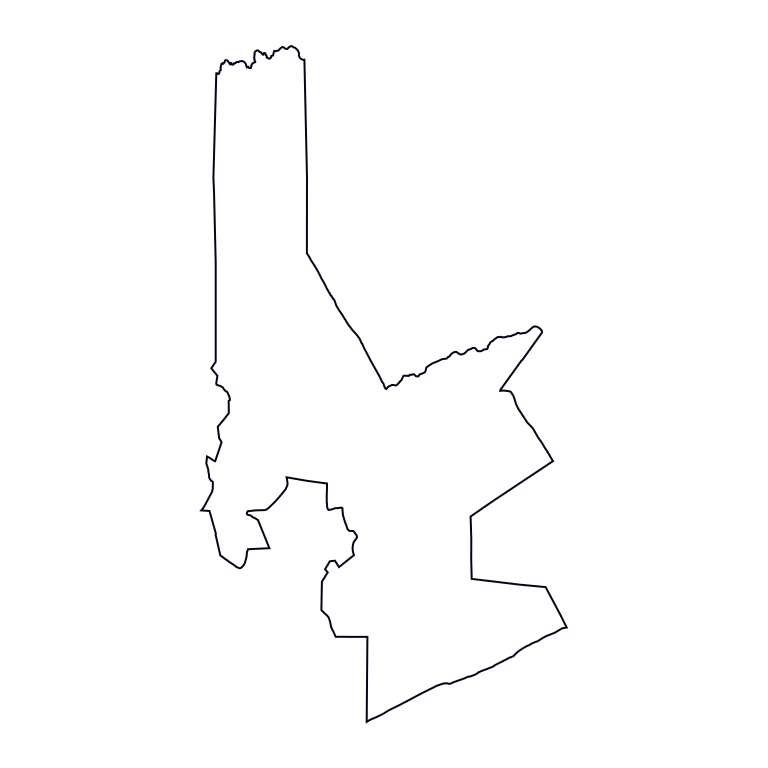 the district of Mandlakaze, Gaza, Mozambique
{"feature_id": "85939544B24219595709494", "entity_name": "Mandlakaze", "entity_type": "district", "adm_level": 2, "iso_a3": "MOZ", "parent_name": "Mozambique", "parent_adm1": "Gaza", "projection": "equal_earth", "projection_center": [34.02, -24.531], "detail": "fine", "context": "isolated", "style": "outline", "palette": "ink", "viewbox_px": 768, "rotation_deg": 0, "n_neighbors": 0, "source": "geoboundaries", "source_scale": "gbopen_adm2", "svg_char_len": 6012}
<svg xmlns="http://www.w3.org/2000/svg" viewBox="0 0 768 768"><path d="M215.6,534.7L220.3,555.4L223.2,557.4L225.0,558.9L225.6,559.1L225.9,559.5L227.5,560.5L229.3,562.0L233.9,564.9L235.0,565.9L236.8,567.1L239.3,568.2L240.2,568.2L240.9,567.9L242.5,566.6L243.4,565.3L243.7,565.1L244.9,562.8L246.0,559.0L246.6,556.2L247.0,552.0L248.1,549.2L269.4,548.2L258.0,520.1L255.2,518.3L252.4,517.0L251.2,515.8L249.6,515.1L248.7,515.1L247.5,514.7L246.8,513.8L246.8,513.2L247.6,511.3L255.1,510.4L264.6,510.1L266.1,509.7L268.6,508.0L275.1,501.7L280.3,495.8L285.7,489.1L287.2,485.7L287.5,484.5L287.5,482.7L286.6,477.3L307.4,480.9L327.0,483.5L327.0,488.5L326.7,496.3L326.8,502.9L327.0,503.4L327.1,506.8L327.8,509.2L328.5,509.9L329.3,509.9L331.9,509.4L335.0,508.2L338.4,508.1L339.9,507.7L342.0,507.8L342.3,508.1L342.5,508.7L342.6,512.0L343.1,515.6L344.7,520.9L344.7,521.4L346.3,525.3L347.3,528.6L348.6,530.4L349.5,530.9L353.1,531.0L354.2,531.9L355.5,534.0L356.3,534.8L357.0,536.4L356.7,538.0L356.4,538.2L356.0,539.1L354.1,541.4L353.4,543.0L353.0,544.6L352.6,547.6L352.7,550.4L353.4,553.5L354.0,555.1L339.0,567.1L334.9,560.7L329.8,561.3L325.1,569.2L327.7,572.4L321.9,581.7L321.4,610.0L322.2,611.1L323.2,611.8L323.8,612.6L326.8,615.3L328.4,617.1L329.6,620.1L330.5,623.6L331.0,626.4L331.7,628.5L333.8,632.5L335.0,635.4L335.8,636.8L367.4,636.9L366.7,721.9L370.1,719.8L377.1,716.8L383.0,713.9L388.6,710.4L399.4,705.1L421.3,693.5L436.7,685.8L443.4,683.5L444.1,683.4L444.7,683.6L446.5,683.2L449.4,683.9L451.0,683.4L453.8,682.1L464.6,678.3L466.0,677.7L466.9,677.0L470.0,676.5L474.3,675.0L477.7,673.1L478.1,672.6L481.5,671.0L492.7,666.8L495.0,665.1L508.0,658.5L509.2,657.7L510.5,657.4L513.4,656.2L515.7,653.7L518.3,651.4L522.7,648.4L527.2,645.9L529.1,645.2L530.9,644.0L534.7,642.2L537.5,641.3L543.0,637.8L546.3,636.1L554.8,632.7L562.0,628.4L566.7,627.5L560.0,614.1L545.6,587.1L520.2,584.7L471.7,578.9L471.2,559.3L471.3,539.2L470.6,516.5L492.9,501.1L553.0,461.1L551.3,458.5L548.7,453.8L548.4,453.5L548.0,452.6L547.7,452.4L547.0,451.0L544.3,447.0L541.9,442.8L538.4,437.9L535.5,433.0L533.5,429.3L532.6,428.0L527.2,422.4L523.6,416.9L523.4,416.3L523.0,416.0L520.2,411.6L519.8,411.3L519.6,410.5L519.1,410.2L517.1,406.4L515.9,403.8L514.6,399.2L513.1,395.2L512.7,395.0L512.0,393.5L511.7,393.3L510.7,391.8L510.2,391.5L505.3,390.7L501.7,390.6L500.3,390.9L500.5,389.7L521.6,360.4L522.2,360.2L542.1,332.4L541.8,330.6L539.8,328.4L537.2,326.8L534.9,326.4L533.4,326.8L531.3,328.4L529.4,330.3L526.3,332.5L525.1,332.9L523.6,333.2L522.8,333.0L521.3,333.6L519.8,333.5L518.7,332.9L517.3,333.0L516.3,334.0L512.4,335.4L510.9,336.2L507.5,336.3L505.8,337.1L502.5,337.4L501.0,336.8L497.4,337.2L494.2,339.5L493.0,340.8L491.0,341.8L490.0,343.0L489.2,344.6L487.9,346.1L487.9,347.5L487.2,348.9L485.9,349.3L483.6,349.6L482.3,350.6L480.9,351.2L478.0,351.2L476.8,350.3L476.0,349.0L475.1,348.1L474.0,347.9L472.4,348.1L470.7,349.1L468.2,349.8L464.5,353.4L462.4,354.3L460.5,354.5L459.2,353.9L456.5,352.0L455.2,351.9L453.8,352.3L451.5,353.8L449.2,356.6L448.2,356.8L447.2,358.2L445.9,358.7L442.0,359.2L438.1,361.1L432.6,363.3L428.1,366.1L426.9,367.0L426.2,367.9L425.6,370.9L424.9,372.1L424.1,372.8L419.8,374.4L419.1,375.1L418.7,376.0L417.7,376.5L416.1,376.2L415.2,375.6L414.6,374.8L413.4,374.2L410.6,375.0L409.6,374.8L408.9,375.9L404.5,375.7L403.5,375.8L401.3,380.3L399.7,381.7L399.6,382.1L397.4,384.5L395.8,385.5L393.2,385.0L391.9,385.0L388.7,386.5L387.4,387.5L386.9,388.4L386.4,388.6L386.1,389.0L385.7,388.9L385.3,388.3L384.2,386.1L383.6,384.0L383.1,383.0L382.3,382.3L379.3,376.0L370.9,361.1L367.8,355.1L367.5,354.8L367.1,353.8L363.8,347.5L362.2,343.7L361.8,343.5L359.5,338.6L357.3,335.5L353.1,330.8L352.7,330.4L349.1,325.7L348.7,325.3L347.9,323.9L347.0,322.8L345.3,319.6L344.9,319.3L344.4,318.2L344.1,317.9L341.8,314.1L341.4,313.8L340.9,312.8L339.4,310.8L336.3,305.6L334.6,300.7L334.0,299.7L333.6,299.4L333.3,298.7L332.9,298.4L332.1,297.1L331.8,296.8L331.6,296.2L331.2,295.9L331.0,295.3L330.6,295.1L329.9,294.0L329.5,292.9L329.1,292.6L326.6,288.1L324.1,282.9L321.2,278.1L319.6,274.6L317.5,270.7L314.0,264.8L311.0,260.3L309.2,256.8L306.9,253.4L307.0,177.5L304.4,59.7L303.0,59.8L301.3,59.1L300.2,58.3L298.9,55.9L299.0,53.3L298.7,52.3L297.6,50.1L295.1,47.8L293.4,47.2L292.0,46.2L291.1,46.1L288.8,47.3L287.7,48.6L286.9,49.0L285.2,48.7L283.8,47.4L282.9,47.0L282.1,47.2L280.9,48.0L279.8,48.9L278.8,50.2L278.3,50.5L275.3,51.3L274.3,50.9L274.0,51.5L273.1,55.2L272.9,55.6L271.3,55.9L270.9,57.5L270.4,58.2L269.6,58.7L267.2,57.8L266.7,57.3L266.9,56.4L266.4,55.6L265.9,55.3L265.5,54.1L265.4,53.4L264.7,53.0L264.0,53.0L263.6,53.7L263.8,54.1L263.3,54.7L262.6,54.5L261.6,53.5L261.1,52.4L259.7,51.9L257.9,50.4L256.8,50.4L256.1,51.0L255.6,51.1L254.6,52.6L254.6,55.1L254.4,55.4L254.3,55.9L254.4,57.2L254.1,57.7L254.5,59.0L254.3,59.5L254.5,60.0L255.3,61.8L255.1,62.2L253.5,62.8L252.4,63.5L251.3,65.4L251.2,65.8L251.4,66.4L251.0,67.0L250.9,67.9L250.3,68.1L249.0,67.9L248.2,66.7L247.3,66.7L246.8,67.2L246.4,66.3L245.8,64.0L245.2,63.1L244.1,61.9L242.6,61.1L240.0,61.2L238.5,62.1L236.8,61.9L236.3,62.2L235.4,63.2L234.1,63.2L233.6,64.4L232.4,64.7L231.9,64.2L231.5,63.2L231.2,63.0L230.9,63.0L230.5,64.3L230.1,64.3L227.7,60.8L227.0,60.3L225.9,60.1L225.0,60.7L224.5,62.5L223.5,63.4L223.4,63.7L223.0,63.8L222.6,63.2L222.4,63.2L221.6,63.8L220.7,66.5L220.6,68.2L220.8,69.5L220.7,70.2L219.7,71.0L219.1,73.6L218.4,74.0L217.9,73.9L217.2,73.2L216.3,73.3L213.4,178.0L214.0,190.8L215.7,262.4L215.7,361.7L211.3,368.3L217.4,375.8L216.3,382.9L216.3,383.9L216.5,384.6L217.4,385.1L220.1,385.9L222.7,387.3L223.9,389.2L224.9,390.4L226.0,391.3L227.1,391.9L227.5,392.5L229.2,396.3L229.7,398.2L229.9,399.8L229.9,400.1L228.7,400.9L228.8,413.1L223.4,420.1L217.8,426.7L219.1,438.2L221.6,442.1L215.2,461.2L213.8,460.7L209.0,457.5L207.0,456.5L206.3,463.8L207.4,466.3L207.5,467.5L208.3,469.5L208.3,471.2L208.9,474.1L209.2,477.7L210.1,479.4L211.4,480.9L212.7,481.7L212.9,483.4L212.7,489.2L212.0,491.9L204.7,505.6L202.8,508.6L201.3,510.4L209.5,511.0L215.9,533.7L215.6,534.7Z" fill="none" stroke="#020617" stroke-width="2"/></svg>